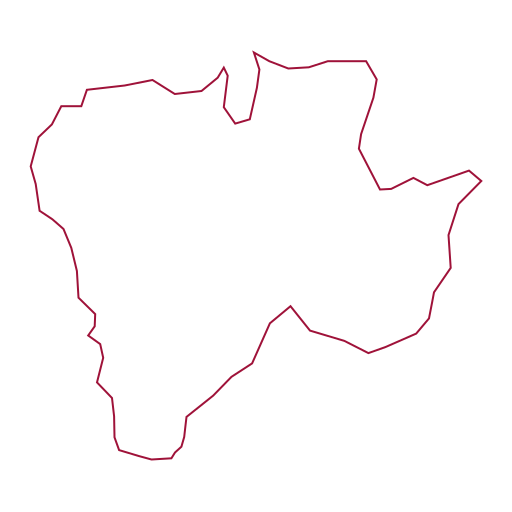 Pitargou, Paphos, Cyprus
{"feature_id": "46923920B91731553605011", "entity_name": "Pitargou", "entity_type": "district", "adm_level": 2, "iso_a3": "CYP", "parent_name": "Cyprus", "parent_adm1": "Paphos", "projection": "equal_earth", "projection_center": [32.543, 34.831], "detail": "fine", "context": "isolated", "style": "outline", "palette": "rose", "viewbox_px": 512, "rotation_deg": 0, "n_neighbors": 0, "source": "geoboundaries", "source_scale": "gbopen_adm2", "svg_char_len": 1027}
<svg xmlns="http://www.w3.org/2000/svg" viewBox="0 0 512 512"><path d="M181.4,446.7L184.2,437.0L185.7,423.7L186.5,416.9L213.2,395.6L231.5,376.8L252.1,363.4L269.9,323.3L290.5,306.2L310.0,330.6L344.4,340.9L368.4,353.1L385.6,347.0L416.2,333.6L429.0,318.4L432.2,301.9L434.0,292.3L450.7,267.9L448.5,235.1L458.5,204.1L481.3,181.0L471.6,172.8L469.0,170.6L427.3,185.2L413.4,177.9L391.2,188.9L380.0,189.5L358.9,148.7L361.1,134.1L373.4,97.7L376.7,79.4L366.1,61.2L344.4,61.2L327.8,61.2L308.8,67.3L288.3,68.5L269.3,61.2L253.9,52.5L259.4,69.5L256.9,87.8L249.8,119.3L235.2,123.6L223.8,107.2L227.7,75.7L223.8,67.6L217.7,77.7L201.5,91.0L174.8,94.0L152.5,80.0L124.7,85.5L86.9,89.8L81.3,106.2L61.3,106.2L51.9,124.4L38.5,137.2L30.7,166.4L35.7,184.0L39.6,210.8L52.4,219.3L63.5,229.0L71.3,247.9L76.9,271.0L78.5,297.7L95.2,314.1L94.7,326.3L88.2,335.5L100.2,344.1L103.2,357.8L97.0,382.4L112.0,398.0L114.1,416.3L114.5,437.3L119.1,450.1L138.7,456.0L151.5,459.5L171.4,458.3L175.0,452.5L181.4,446.7Z" fill="none" stroke="#9f1239" stroke-width="2"/></svg>